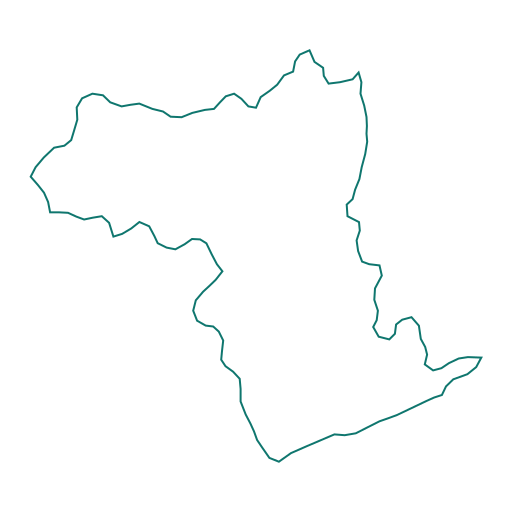 outline of Estrela Dalva, Minas Gerais, Brazil
{"feature_id": "56859067B45399318958970", "entity_name": "Estrela Dalva", "entity_type": "district", "adm_level": 2, "iso_a3": "BRA", "parent_name": "Brazil", "parent_adm1": "Minas Gerais", "projection": "orthographic", "projection_center": [-42.466, -21.71], "detail": "fine", "context": "isolated", "style": "outline", "palette": "teal", "viewbox_px": 512, "rotation_deg": 0, "n_neighbors": 0, "source": "geoboundaries", "source_scale": "gbopen_adm2", "svg_char_len": 1955}
<svg xmlns="http://www.w3.org/2000/svg" viewBox="0 0 512 512"><path d="M340.0,82.2L328.6,83.6L323.8,75.9L323.1,67.8L314.5,61.9L309.5,50.3L299.7,54.6L295.1,61.4L293.1,71.6L284.0,75.4L277.2,84.7L269.7,90.8L260.7,97.1L256.0,107.7L248.4,106.4L241.4,98.8L234.1,93.7L225.8,96.3L220.0,102.3L214.0,108.9L204.9,109.9L192.3,112.9L181.6,117.2L170.6,116.7L163.0,111.5L152.4,108.9L139.3,103.6L130.4,104.8L121.6,106.4L110.2,102.3L103.0,95.3L92.4,93.7L82.1,98.3L76.7,107.4L77.3,119.7L73.8,131.5L71.2,140.1L64.4,145.7L54.1,147.7L43.8,157.5L35.6,167.2L30.7,176.7L38.0,185.1L44.0,192.7L48.1,202.0L50.1,212.3L58.4,212.3L68.0,212.8L76.3,216.6L84.1,219.5L92.7,217.7L101.8,216.2L109.1,222.8L113.4,236.6L122.1,233.9L131.2,228.5L139.4,222.0L149.2,226.3L154.4,236.1L157.7,243.2L166.6,247.6L175.4,249.3L184.7,244.2L192.0,239.0L200.1,239.4L206.4,243.3L211.7,254.3L216.9,264.2L222.4,271.3L215.7,279.8L209.4,285.9L203.1,291.7L195.8,300.3L193.2,310.7L197.1,320.7L205.7,325.6L213.2,326.5L218.8,331.6L223.2,340.5L222.0,351.1L221.2,359.7L225.5,366.2L233.1,371.7L239.7,378.8L240.6,389.0L240.6,401.5L245.7,414.5L250.4,423.5L254.0,431.4L257.1,440.0L262.3,447.7L269.4,457.9L278.9,461.7L291.0,453.1L307.2,446.0L334.4,434.4L344.7,435.2L355.8,433.3L367.6,427.3L379.5,421.3L387.8,418.4L396.8,415.1L426.4,401.0L434.2,397.5L441.9,395.0L446.0,386.4L453.3,379.3L467.4,374.2L476.2,367.1L481.3,357.6L467.9,357.1L458.7,358.5L449.0,363.1L441.4,368.2L433.1,370.4L424.8,364.4L427.1,354.6L425.2,347.0L420.8,338.9L418.9,325.7L411.5,317.2L402.2,319.7L396.1,324.5L394.9,333.8L389.3,339.4L378.7,336.7L373.2,327.0L376.7,320.2L377.9,310.7L374.3,299.8L375.0,288.4L381.8,275.6L379.5,265.4L369.2,264.2L362.1,261.6L358.1,251.0L356.6,240.4L359.8,230.6L359.0,222.1L347.5,216.2L346.7,204.6L352.6,199.1L355.1,189.7L359.4,179.1L361.7,167.2L365.2,154.1L367.2,141.7L366.5,133.7L366.9,126.0L366.5,117.0L364.2,105.6L360.5,93.7L361.4,82.2L358.6,72.5L352.6,79.3L340.0,82.2Z" fill="none" stroke="#0f766e" stroke-width="2"/></svg>